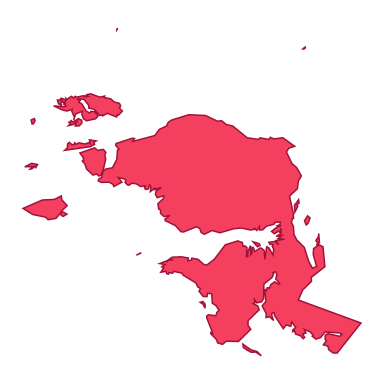 the Province of Papua Barat
{"feature_id": "IDN-1933", "entity_name": "Papua Barat", "entity_type": "Province", "adm_level": 1, "iso_a3": "IDN", "parent_name": "Indonesia", "parent_adm1": "", "projection": "orthographic", "projection_center": [132.375, -1.612], "detail": "fine", "context": "isolated", "style": "filled", "palette": "rose", "viewbox_px": 384, "rotation_deg": 0, "n_neighbors": 0, "source": "natural_earth", "source_scale": "10m", "svg_char_len": 5984}
<svg xmlns="http://www.w3.org/2000/svg" viewBox="0 0 384 384"><path d="M337.1,353.1L333.2,353.0L328.6,349.6L328.0,346.2L323.4,344.8L326.3,340.8L325.1,339.1L325.3,335.1L328.0,333.7L339.7,336.3L342.9,333.7L341.4,334.6L339.7,332.9L325.1,332.0L320.6,337.6L315.9,339.1L312.2,336.2L313.1,335.2L310.2,331.9L304.3,329.5L305.9,333.0L302.6,334.1L304.7,337.3L303.2,338.7L300.6,335.8L295.6,334.1L294.4,330.7L292.6,331.6L292.8,329.9L295.7,327.5L291.8,322.0L290.7,326.4L286.4,324.9L283.3,328.7L274.5,315.4L274.2,312.5L272.1,313.2L271.6,315.0L273.6,320.5L269.6,316.8L266.0,317.5L266.3,313.7L262.2,306.0L265.9,301.2L264.8,290.7L265.3,289.7L266.4,290.7L267.2,287.7L269.4,288.1L270.9,284.5L274.7,281.8L278.9,284.3L279.8,283.5L275.8,279.1L276.9,274.3L275.6,271.8L273.0,272.6L273.7,273.7L272.0,277.6L263.9,284.0L263.6,298.6L261.4,301.9L256.7,302.8L254.5,299.6L254.8,302.8L253.1,303.6L257.8,305.9L259.2,309.8L248.1,320.6L248.0,325.3L250.8,329.3L238.4,341.5L226.3,341.2L222.5,344.4L217.5,342.8L216.6,339.7L210.8,333.8L210.8,332.5L212.6,333.7L212.5,332.4L206.8,318.1L206.7,316.1L208.3,314.8L215.9,315.7L216.9,312.3L219.0,310.3L215.9,305.5L212.3,303.2L211.7,293.7L207.4,293.4L207.0,296.7L203.2,296.5L199.0,291.2L200.5,288.5L197.7,286.9L196.0,283.0L183.0,275.1L182.1,273.2L173.8,271.4L172.6,273.2L168.8,272.6L168.5,274.1L166.9,273.9L165.8,271.4L160.8,272.2L163.8,267.6L161.7,266.8L165.0,264.5L159.7,263.6L166.3,260.9L167.3,261.7L167.7,260.4L173.4,259.7L169.0,259.4L172.1,257.2L181.3,256.8L188.4,258.0L188.0,260.9L191.3,260.1L191.8,258.2L198.0,259.3L203.7,264.4L206.7,265.1L214.3,259.3L225.3,244.8L237.8,240.9L242.3,242.5L243.1,246.3L244.8,245.8L247.0,247.6L246.4,256.8L247.8,256.7L247.9,251.6L250.4,245.7L250.7,254.7L252.0,253.1L252.1,247.3L253.2,247.5L254.8,251.5L260.2,248.0L261.8,248.4L264.2,250.6L264.8,259.3L266.7,246.8L268.8,247.8L273.0,255.1L273.7,249.1L272.2,246.5L273.2,244.7L270.0,244.3L268.8,242.3L275.0,241.4L278.6,244.7L276.0,240.6L284.5,239.2L278.0,238.6L281.9,235.5L276.1,236.4L281.1,233.4L281.1,228.0L279.8,232.3L278.2,231.3L274.4,233.8L271.5,231.4L277.0,227.1L281.1,225.9L277.8,225.5L279.9,224.6L280.5,222.1L275.5,222.1L274.0,224.2L266.5,226.2L262.6,229.9L259.4,230.0L259.4,226.7L256.7,230.5L254.0,227.9L254.6,229.3L250.4,230.0L241.3,228.0L233.6,228.8L219.8,232.8L212.0,230.5L204.3,234.3L201.1,232.4L199.7,228.4L196.4,226.8L183.5,232.0L180.9,231.7L175.4,225.6L165.2,220.6L165.0,219.1L170.0,215.4L164.0,216.6L160.6,213.4L160.6,210.2L158.7,209.1L157.9,203.7L163.4,198.5L163.7,195.8L157.2,197.7L155.4,194.3L156.0,191.2L161.2,187.4L155.0,189.5L155.5,188.5L154.4,188.3L150.4,191.6L150.8,186.3L149.5,184.9L148.4,188.9L145.4,189.4L144.4,187.1L145.4,186.1L144.2,185.7L140.8,186.6L136.2,183.8L131.8,183.2L129.2,185.2L127.4,184.9L125.1,182.4L125.8,180.6L124.7,179.1L118.2,177.4L121.9,182.2L113.9,186.5L112.7,184.1L109.0,182.2L101.5,182.4L98.3,181.0L98.5,179.3L101.6,177.3L103.1,171.4L105.8,169.0L112.4,167.8L116.8,159.4L117.4,150.2L119.1,149.4L115.6,145.2L116.1,143.5L132.0,138.3L134.5,138.5L132.8,141.4L154.7,135.6L159.3,129.4L166.5,126.0L168.3,122.2L171.5,120.1L188.9,114.7L205.5,115.5L217.5,121.2L221.7,120.7L226.2,124.5L232.7,126.0L247.1,137.7L258.2,139.4L260.1,137.8L268.7,139.4L270.5,137.3L273.9,138.9L282.8,137.7L294.7,146.3L288.8,148.2L286.4,152.0L292.0,163.6L296.6,167.5L301.4,175.9L298.3,181.2L297.4,188.7L289.5,196.2L293.0,211.9L293.6,218.4L292.4,218.6L291.5,222.5L293.4,226.3L294.0,234.5L296.6,239.7L304.3,247.4L308.6,261.0L312.4,268.2L316.6,266.5L313.2,254.3L313.6,248.5L317.9,245.6L316.7,244.8L317.4,243.8L323.0,246.8L324.9,266.7L311.3,277.3L311.5,281.3L302.7,290.0L298.3,300.0L361.0,323.0L337.1,353.1ZM119.4,108.0L122.4,111.1L118.6,115.1L117.4,114.7L116.7,117.0L107.3,113.3L102.7,115.9L102.2,114.9L100.0,115.5L93.9,109.1L88.9,108.2L88.6,105.2L83.9,99.3L78.4,98.8L77.7,99.3L80.2,100.5L78.7,102.2L81.9,103.9L86.1,111.1L89.8,113.0L90.8,111.4L94.4,111.7L98.1,115.9L95.6,118.8L86.4,120.8L83.4,118.6L81.8,114.3L82.3,111.3L75.6,114.0L73.7,120.2L74.4,117.2L71.8,111.4L72.2,109.3L67.2,111.0L63.2,110.3L53.6,105.9L64.6,106.7L66.2,105.8L63.9,104.3L65.4,103.2L65.1,101.4L63.8,103.2L63.0,101.8L60.9,102.2L61.4,105.1L58.4,103.7L57.4,100.0L59.7,100.1L60.9,98.5L62.2,101.4L62.2,98.5L66.4,100.1L66.0,98.5L66.8,99.3L71.4,96.3L73.5,98.0L75.2,96.3L76.1,97.2L84.0,95.6L84.4,96.8L87.0,96.6L88.1,96.3L86.0,95.5L86.7,94.7L90.6,93.8L99.7,97.1L104.7,96.1L104.0,97.5L110.7,98.8L114.2,102.0L119.4,103.3L120.7,105.9L119.4,108.0ZM67.2,205.6L61.4,211.2L67.0,214.1L63.2,216.4L61.1,215.2L61.0,212.5L56.0,218.4L48.1,219.7L45.7,217.2L32.7,214.5L23.0,208.4L42.3,200.0L54.5,199.4L61.3,195.9L61.8,199.8L67.2,205.6ZM104.8,154.6L105.7,159.3L103.6,168.4L101.2,174.8L99.0,176.1L96.5,174.0L93.0,175.1L86.6,169.1L84.8,163.8L82.3,161.1L83.6,160.2L83.1,157.3L79.9,153.0L94.7,147.8L97.6,150.4L103.4,149.4L105.9,152.5L104.8,154.6ZM96.2,141.0L93.7,142.3L94.6,144.4L90.3,146.7L64.7,150.3L67.2,148.1L67.7,143.5L69.5,142.4L72.0,144.8L73.9,144.5L74.8,142.7L76.1,144.4L78.8,142.8L85.0,144.0L89.1,142.5L90.2,143.5L89.4,139.8L96.2,141.0ZM81.6,120.2L82.0,122.7L79.4,125.8L75.2,126.0L76.7,121.9L73.7,124.4L68.5,125.6L70.6,123.5L68.1,121.9L69.3,122.7L71.1,120.5L72.9,122.2L78.4,118.6L81.6,120.2ZM257.1,351.6L261.3,355.8L255.7,352.0L251.2,352.3L246.8,349.9L243.3,347.5L242.9,344.1L250.9,349.8L257.1,351.6ZM37.6,164.5L35.9,167.4L35.5,166.2L31.8,168.8L30.1,169.1L32.7,166.6L24.8,166.8L31.7,163.3L37.6,164.5ZM307.6,215.8L310.1,218.0L307.9,223.6L306.1,224.9L304.5,220.7L307.6,215.8ZM298.6,199.6L299.1,203.1L296.9,205.0L297.8,206.4L294.9,212.1L294.5,205.2L298.6,199.6ZM259.3,243.7L260.1,245.4L257.5,246.8L253.1,241.8L259.3,243.7ZM318.7,233.5L319.5,242.7L317.6,243.1L315.9,240.4L318.3,237.0L318.7,233.5ZM34.4,118.5L35.1,120.6L33.5,123.8L32.1,124.0L31.1,120.0L34.4,118.5ZM205.1,304.1L205.1,308.2L202.9,304.1L200.1,302.3L202.9,301.5L205.1,304.1ZM136.3,255.2L140.4,253.0L141.3,252.9L136.3,255.2ZM302.8,48.9L305.1,47.0L305.4,47.8L303.9,49.1L302.8,48.9ZM116.8,29.4L117.8,28.2L116.8,29.9L116.8,29.4Z" fill="#f43f5e" stroke="#9f1239" stroke-width="1.5"/></svg>